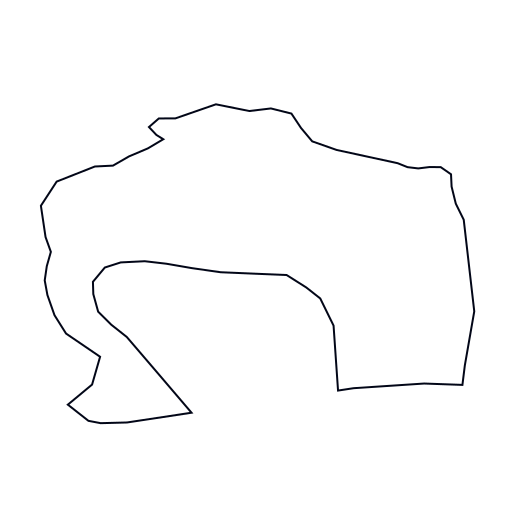 the Province of Bujumbura Rural, rotated 265°
{"feature_id": "BDI-4854", "entity_name": "Bujumbura Rural", "entity_type": "Province", "adm_level": 1, "iso_a3": "BDI", "parent_name": "Burundi", "parent_adm1": "", "projection": "natural_earth1", "projection_center": [29.411, -3.493], "detail": "fine", "context": "isolated", "style": "outline", "palette": "ink", "viewbox_px": 512, "rotation_deg": 265, "n_neighbors": 0, "source": "natural_earth", "source_scale": "10m", "svg_char_len": 929}
<svg xmlns="http://www.w3.org/2000/svg" viewBox="0 0 512 512"><g transform="rotate(265 256 256)"><path d="M105.5,178.1L101.4,113.0L103.0,86.7L106.4,74.7L124.3,55.6L142.2,81.5L169.2,91.9L195.3,60.0L214.6,50.1L235.3,44.8L250.1,43.4L264.1,46.7L278.0,52.0L293.2,48.0L324.8,46.1L347.5,63.9L359.2,103.3L358.5,121.4L366.3,138.2L372.6,157.6L380.4,173.8L385.3,167.3L393.8,160.6L401.5,171.2L400.1,187.6L410.6,229.3L401.0,262.0L401.7,283.7L394.8,303.7L379.6,312.0L365.3,322.0L354.6,345.6L336.1,405.2L331.3,414.7L329.1,425.3L329.5,436.7L328.4,447.8L320.4,457.4L308.1,456.9L290.7,459.6L274.0,466.1L181.8,468.6L128.8,454.5L109.6,450.4L114.3,412.4L115.8,341.7L114.8,326.0L179.9,327.2L208.1,316.3L220.3,303.3L234.4,284.8L238.2,255.4L242.9,219.4L249.5,191.1L256.1,166.1L260.5,144.7L261.4,120.7L257.7,104.4L244.5,91.3L232.2,90.6L214.3,93.9L200.2,105.8L186.6,120.2L148.3,147.6L105.5,178.1Z" fill="none" stroke="#020617" stroke-width="2"/></g></svg>